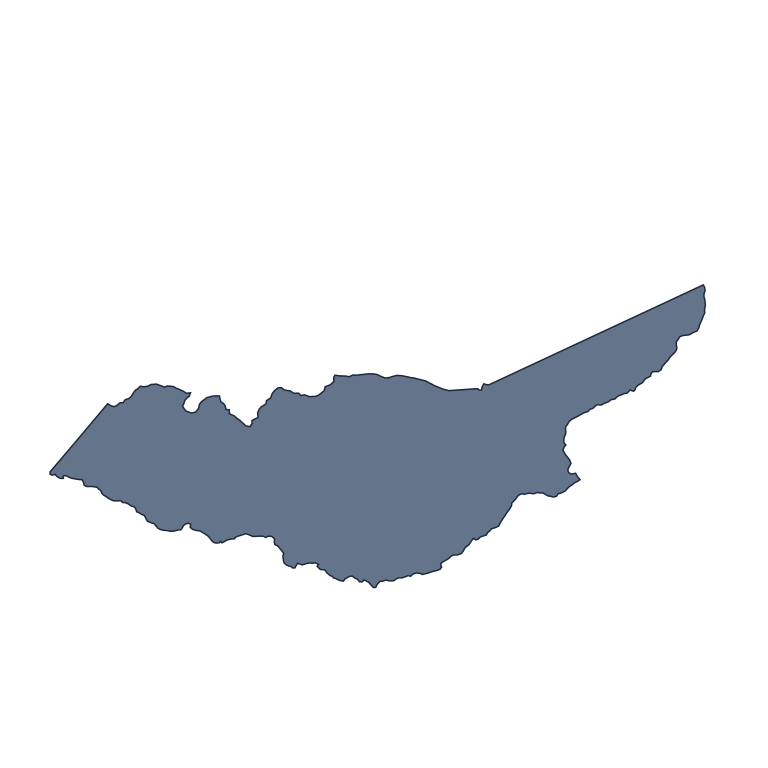 outline of Alto Alegre do Pindaré, Maranhão, Brazil, rotated 211°
{"feature_id": "56859067B27762035382418", "entity_name": "Alto Alegre do Pindaré", "entity_type": "district", "adm_level": 2, "iso_a3": "BRA", "parent_name": "Brazil", "parent_adm1": "Maranhão", "projection": "orthographic", "projection_center": [-45.998, -3.962], "detail": "fine", "context": "isolated", "style": "filled", "palette": "slate", "viewbox_px": 768, "rotation_deg": 211, "n_neighbors": 0, "source": "geoboundaries", "source_scale": "gbopen_adm2", "svg_char_len": 5355}
<svg xmlns="http://www.w3.org/2000/svg" viewBox="0 0 768 768"><g transform="rotate(211 384 384)"><path d="M625.0,136.7L623.6,134.6L621.2,135.2L619.2,137.3L617.1,136.3L614.3,136.2L612.0,136.8L610.2,138.0L611.6,139.9L610.0,141.4L607.4,141.8L604.3,142.1L602.1,142.7L596.5,144.9L593.4,146.5L590.6,144.7L588.9,142.9L586.5,142.8L584.7,143.8L582.5,145.2L579.9,146.5L576.5,147.7L574.6,147.0L571.9,146.7L569.2,144.8L566.6,144.3L564.5,144.4L562.3,144.1L559.6,144.1L555.9,144.5L552.2,146.6L549.7,148.3L546.9,147.8L544.9,149.0L541.8,149.5L538.2,149.2L535.2,150.0L533.0,149.5L530.1,147.1L527.5,147.5L524.3,147.4L521.5,147.9L517.9,145.4L515.8,144.5L511.8,145.2L509.0,145.9L505.5,144.7L503.4,143.9L500.8,144.1L497.7,145.0L494.4,146.7L491.0,147.8L488.2,149.8L486.8,151.3L485.1,153.0L483.0,154.5L482.8,157.1L483.0,159.4L482.0,161.7L480.2,163.8L477.4,164.2L476.4,161.4L473.3,160.8L469.7,161.7L466.1,163.3L463.1,163.3L461.0,163.3L456.9,163.1L453.9,162.2L450.6,160.9L448.0,160.5L445.6,161.4L443.6,162.9L443.1,165.0L441.1,164.4L439.7,166.6L438.3,169.3L435.5,172.1L432.4,174.4L432.3,176.6L430.2,179.0L427.9,181.6L425.3,184.6L421.3,185.3L417.8,185.8L412.1,189.6L409.0,191.4L406.3,191.6L405.1,193.8L401.9,195.5L398.2,195.0L396.4,191.6L394.7,190.1L391.9,190.5L388.3,189.3L385.3,188.2L383.0,187.4L382.0,184.4L379.5,181.1L377.6,179.3L374.7,178.6L371.9,178.9L369.8,179.6L367.5,179.3L365.6,180.5L365.8,183.2L365.8,185.7L363.2,186.4L360.9,186.8L358.0,190.2L355.2,192.6L353.2,193.2L351.2,195.2L347.3,195.6L347.4,193.3L343.1,192.2L341.0,193.3L338.8,194.2L336.0,192.8L331.7,192.0L329.4,192.5L327.2,191.8L325.3,192.4L323.0,192.5L320.7,192.8L317.2,194.1L317.1,196.5L315.5,199.6L314.3,201.6L312.2,203.0L309.0,202.6L306.3,203.0L303.1,201.8L300.6,203.4L300.4,205.6L298.2,206.1L294.6,206.0L292.5,205.3L288.3,204.0L286.3,205.5L286.7,208.5L285.8,212.7L283.6,214.3L281.4,216.9L278.3,217.9L274.4,220.2L273.2,223.0L271.5,225.6L268.8,227.0L266.5,229.7L264.6,232.2L262.1,232.9L261.4,235.9L258.9,238.7L255.5,240.3L253.1,240.4L250.9,242.6L248.5,245.0L246.6,247.4L244.5,249.5L242.3,251.7L240.5,254.2L240.3,256.8L242.3,258.1L242.6,260.4L241.4,262.8L239.8,265.5L238.5,268.1L237.9,270.9L235.9,273.6L232.8,275.5L230.4,278.5L230.0,281.8L230.2,285.4L229.4,287.5L228.4,290.0L228.3,293.4L228.0,297.7L225.0,297.7L223.3,299.5L222.8,302.2L221.0,304.4L218.6,307.2L218.5,310.4L217.7,312.5L217.3,315.3L215.1,317.6L212.5,321.3L212.8,324.1L212.8,327.7L212.5,333.3L212.5,336.2L211.9,341.2L212.0,345.2L213.2,348.1L212.5,350.2L211.9,353.0L211.7,355.5L211.4,357.9L209.4,360.9L206.9,361.8L204.8,363.9L202.9,365.4L199.1,367.0L196.8,369.9L194.2,370.9L192.2,372.2L190.1,372.5L186.1,372.5L183.1,373.6L180.7,374.3L178.3,376.6L178.2,379.5L176.0,381.8L173.6,385.5L173.0,388.7L172.3,391.4L170.6,395.0L169.9,397.3L168.0,400.1L166.7,403.0L170.3,404.2L173.8,406.2L176.8,403.4L179.8,403.1L181.6,404.3L182.6,406.2L182.6,408.8L182.9,412.3L186.1,414.7L192.1,416.9L196.6,419.5L197.1,423.1L196.7,425.4L199.7,426.4L201.7,430.0L202.2,432.0L202.5,434.6L203.7,436.9L205.2,438.8L206.3,441.3L205.9,443.4L206.0,447.0L205.1,450.1L201.5,455.8L197.8,462.3L195.1,465.3L194.2,468.9L192.5,470.5L191.7,473.2L190.7,476.0L186.8,478.0L185.5,480.5L182.6,484.1L181.3,487.4L178.3,490.2L177.8,492.7L176.5,495.2L174.7,497.3L173.3,499.3L170.8,501.6L170.0,505.5L166.3,506.4L165.8,508.6L166.5,510.8L165.4,514.2L163.1,518.3L162.7,522.9L161.5,524.9L159.6,527.9L160.4,530.2L160.1,532.7L158.3,534.1L155.3,535.8L153.8,539.2L154.5,542.2L153.4,548.2L152.8,550.7L152.7,554.2L151.0,561.0L150.8,563.4L151.5,565.8L153.7,568.2L155.2,570.9L154.8,573.8L154.8,576.7L152.9,579.4L148.0,583.1L146.6,585.2L145.3,587.7L143.1,590.4L143.0,594.4L143.8,596.5L144.7,603.1L145.5,607.8L145.7,610.3L147.3,612.3L149.1,617.0L152.4,621.5L154.6,623.5L156.0,625.7L157.0,629.6L159.1,632.1L161.4,633.4L206.6,566.4L253.8,496.4L293.8,437.1L296.5,436.0L298.5,435.6L298.4,431.9L297.3,429.0L299.1,427.8L301.3,428.3L325.0,411.7L330.7,410.0L339.7,408.6L349.6,408.1L361.7,404.5L364.2,403.3L367.4,402.3L372.7,400.4L377.3,398.1L381.0,394.4L382.8,392.2L386.0,389.8L389.5,389.1L394.6,388.6L398.1,387.3L402.5,384.8L411.7,377.7L415.3,375.7L417.7,372.2L420.4,371.3L422.5,370.2L426.6,367.9L430.5,366.4L430.5,363.8L428.4,360.6L429.2,356.8L430.8,354.0L433.1,351.4L431.8,347.6L434.3,340.7L436.5,338.0L438.6,336.7L440.8,335.0L443.9,334.3L446.7,333.7L449.3,331.3L452.5,332.2L456.0,329.8L458.4,329.6L461.0,329.8L463.3,328.7L466.2,327.6L470.2,328.0L473.0,325.9L474.4,322.0L474.9,318.1L474.0,313.7L476.2,309.2L474.9,306.6L475.8,304.3L477.4,301.3L478.0,298.7L477.5,294.2L474.7,290.3L476.6,287.7L478.3,284.7L476.8,282.2L476.9,278.4L481.1,276.9L484.1,277.7L486.9,278.1L489.0,278.7L491.8,278.7L495.8,279.5L498.4,279.2L501.2,278.9L503.3,282.2L506.3,280.8L509.1,283.7L511.6,284.6L514.7,284.7L516.5,286.3L518.9,289.0L521.0,287.8L523.1,286.5L525.3,284.8L527.1,282.8L529.0,280.9L530.2,277.6L531.3,275.0L531.7,271.5L530.4,267.6L530.9,263.1L533.9,260.0L540.2,258.8L545.2,261.2L545.6,264.6L546.3,267.4L545.7,270.2L544.7,273.0L545.3,276.8L548.7,274.2L551.9,274.5L556.3,274.0L559.9,273.4L563.4,273.3L568.8,270.7L570.6,268.1L574.0,267.7L576.2,267.2L578.9,266.8L583.3,263.7L585.5,260.3L588.8,257.7L591.7,256.7L592.5,253.3L593.6,251.4L594.2,248.5L594.2,243.4L595.1,240.4L597.8,237.1L598.0,233.7L600.6,231.9L602.1,227.6L603.9,225.5L607.0,224.7L610.7,224.7L619.6,169.1L625.0,136.7Z" fill="#64748b" stroke="#1e293b" stroke-width="1.5"/></g></svg>